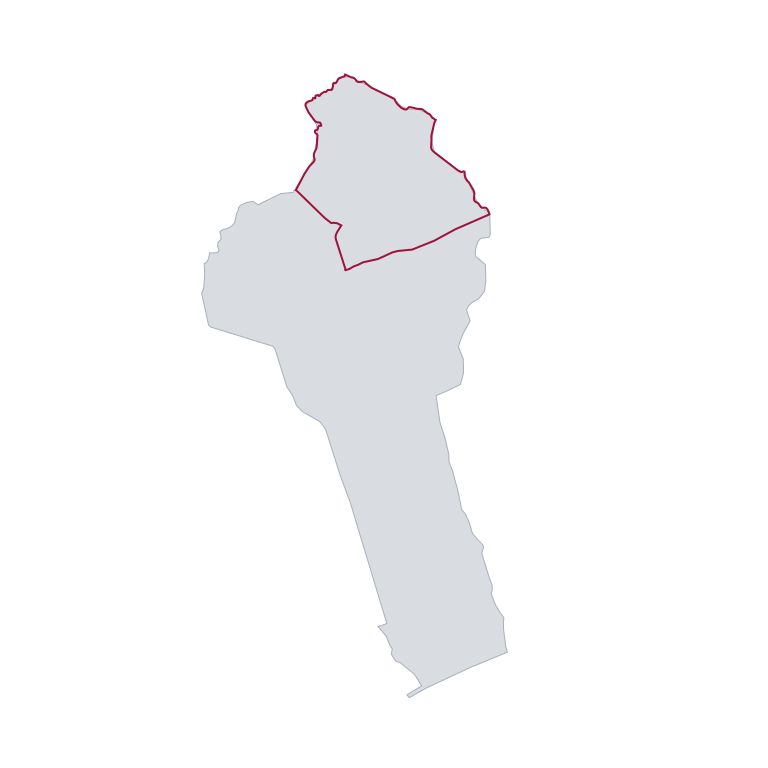 location of Alibori within Benin, rotated 343°
{"feature_id": "BEN-2170", "entity_name": "Alibori", "entity_type": "Department", "adm_level": 1, "iso_a3": "BEN", "parent_name": "Benin", "parent_adm1": "", "projection": "orthographic", "projection_center": [2.909, 11.459], "detail": "fine", "context": "in_parent", "style": "outline", "palette": "rose", "viewbox_px": 768, "rotation_deg": 343, "n_neighbors": 0, "source": "natural_earth", "source_scale": "10m", "svg_char_len": 4283}
<svg xmlns="http://www.w3.org/2000/svg" viewBox="0 0 768 768"><g transform="rotate(343 384 384)"><path d="M316.3,691.3L315.1,688.0L331.7,683.7L328.3,670.6L318.0,655.2L314.0,652.3L312.0,644.6L314.5,639.6L313.3,636.2L312.4,625.8L307.4,614.3L316.7,613.9L316.8,577.0L316.9,541.5L317.0,511.3L317.1,487.3L315.4,458.7L315.2,437.6L314.9,409.8L311.6,401.1L297.7,386.4L294.0,378.7L293.3,368.6L290.3,358.2L290.2,340.0L290.0,318.8L288.8,315.5L273.8,305.3L252.5,290.8L236.3,279.8L235.1,279.0L233.5,276.3L236.1,244.1L239.5,239.9L244.7,226.7L247.3,216.0L249.7,216.0L253.0,212.6L255.6,207.5L258.4,208.6L263.2,209.6L265.4,207.8L265.1,203.9L266.7,199.9L270.4,198.1L271.4,194.5L271.4,190.4L274.7,189.3L280.1,189.5L284.6,188.3L288.2,186.2L292.9,177.9L295.5,175.0L296.3,172.9L299.0,171.1L306.3,170.3L312.1,171.0L315.9,175.8L341.0,171.7L353.0,174.2L377.5,153.3L383.0,147.1L390.4,132.3L393.0,126.6L395.3,116.4L390.5,97.6L390.8,94.3L400.9,90.2L413.4,87.1L418.3,86.8L421.5,85.3L426.1,81.2L433.6,78.2L437.9,79.2L440.6,79.8L467.1,104.6L478.6,117.2L481.7,123.6L487.6,128.3L496.4,131.1L504.3,137.5L510.6,146.6L506.5,153.0L500.4,166.2L500.1,176.6L514.9,198.3L516.7,200.5L520.5,203.9L522.5,208.0L524.3,218.7L525.4,230.8L526.6,238.9L533.7,250.3L534.2,254.9L529.3,272.0L528.1,273.9L526.8,274.4L519.2,272.9L515.9,274.8L511.7,280.6L509.2,286.4L509.1,288.8L515.9,299.5L511.6,315.0L507.2,324.7L499.3,330.3L492.3,331.6L487.4,334.2L484.5,337.6L484.9,348.7L474.5,358.8L468.8,365.9L466.0,370.2L467.1,383.2L463.4,396.4L457.0,406.8L442.6,409.0L430.4,410.3L426.3,436.7L426.5,453.5L425.4,470.6L423.4,477.6L424.2,487.4L423.3,509.6L421.6,527.1L423.8,531.8L425.0,542.1L424.9,552.7L428.0,560.1L431.4,566.5L431.3,569.9L429.5,571.9L428.0,574.7L428.0,599.7L428.6,607.2L427.7,611.9L425.1,615.9L426.1,628.5L428.2,636.6L430.3,642.5L428.3,647.5L426.5,654.0L423.7,670.7L423.6,676.5L382.1,680.5L335.7,687.1L316.3,691.3Z" fill="#d9dde1" stroke="#a8b0b8" stroke-width="1"/><path d="M510.7,146.6L508.5,148.9L501.8,160.5L500.6,165.0L500.0,166.5L498.1,171.9L498.3,174.2L499.7,176.9L517.3,201.6L519.6,203.9L520.4,204.0L521.4,203.9L521.5,203.9L522.3,203.9L523.1,204.7L522.1,208.6L522.1,210.7L522.5,212.7L523.2,214.5L524.2,216.2L524.2,216.3L526.3,225.1L526.2,228.1L524.1,233.3L524.0,235.0L524.5,236.2L525.2,237.0L526.1,237.8L526.8,238.6L527.3,239.7L528.3,243.0L529.2,244.1L530.4,244.4L531.8,244.7L533.1,245.4L534.0,247.3L534.5,250.2L534.5,252.6L497.4,256.9L473.8,261.7L450.2,263.7L435.9,260.8L430.5,260.6L414.8,262.7L399.4,261.5L394.4,262.4L389.4,262.7L384.3,263.9L379.6,263.9L380.7,263.3L380.3,231.6L380.5,230.0L380.8,228.8L381.8,227.0L383.8,224.8L389.6,219.9L386.4,216.8L385.3,216.0L385.0,215.9L384.6,215.9L384.1,215.7L383.6,215.4L382.7,215.0L381.5,214.8L380.6,214.7L375.8,207.8L356.9,173.4L356.4,172.9L369.3,159.8L376.4,153.9L381.7,151.0L383.0,149.7L383.4,148.7L383.3,147.6L383.4,145.9L384.4,143.1L388.2,138.9L389.5,136.3L393.1,126.7L392.9,125.6L391.8,123.9L391.6,122.8L392.2,121.5L393.0,121.3L393.9,121.5L394.8,121.2L395.4,120.5L396.2,119.0L396.9,118.3L397.8,118.2L398.9,118.6L399.6,118.5L399.6,116.8L399.4,115.5L398.8,115.0L397.9,114.8L396.8,114.3L395.8,113.5L395.1,112.7L394.6,111.7L391.3,102.4L390.4,96.8L390.3,94.6L391.2,92.8L393.5,91.7L394.9,91.6L397.1,91.7L398.4,91.6L398.6,91.3L399.4,90.2L399.9,89.8L400.6,90.0L401.2,90.6L401.7,90.7L402.2,89.7L402.7,88.5L403.4,88.2L404.3,88.3L405.4,88.4L405.7,88.6L405.8,89.1L406.1,89.6L406.9,89.5L407.4,89.2L408.3,88.3L408.8,88.1L412.2,87.1L412.6,87.2L413.4,87.7L413.9,87.7L414.5,87.4L415.7,86.6L416.4,86.4L419.8,87.4L420.7,86.9L422.0,84.7L422.4,83.9L422.5,83.1L422.8,82.4L423.3,81.8L424.4,81.4L425.4,82.1L426.4,81.9L427.3,81.1L428.9,79.3L430.0,78.6L430.9,78.4L432.9,78.4L433.9,78.2L436.2,78.2L437.3,76.7L442.0,80.9L444.0,81.9L445.0,83.0L445.7,84.2L446.3,86.4L447.1,87.3L448.2,87.8L449.4,88.3L452.6,88.6L453.4,88.9L453.8,89.4L454.7,91.3L458.7,97.1L475.4,112.5L475.7,113.0L477.1,114.0L477.4,114.5L477.6,116.6L478.1,118.9L478.8,120.7L481.0,124.5L482.4,126.1L483.3,126.9L484.5,127.7L485.8,128.0L487.1,127.4L488.5,126.6L489.6,126.8L490.7,127.4L491.8,127.8L496.1,130.5L499.7,131.8L500.8,132.5L501.6,133.3L504.9,138.0L505.5,138.5L506.1,138.9L506.5,139.3L506.9,140.1L507.4,141.6L507.7,142.4L507.9,143.3L508.3,144.0L509.1,144.5L510.0,146.1L510.7,146.6Z" fill="none" stroke="#9f1239" stroke-width="2"/></g></svg>